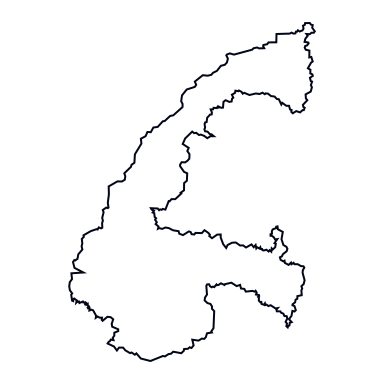 Chone, Manabi, Ecuador (Mercator projection)
{"feature_id": "8360857B73185000874563", "entity_name": "Chone", "entity_type": "district", "adm_level": 2, "iso_a3": "ECU", "parent_name": "Ecuador", "parent_adm1": "Manabi", "projection": "mercator", "projection_center": [-79.895, -0.383], "detail": "fine", "context": "isolated", "style": "outline", "palette": "ink", "viewbox_px": 384, "rotation_deg": 0, "n_neighbors": 0, "source": "geoboundaries", "source_scale": "gbopen_adm2", "svg_char_len": 5974}
<svg xmlns="http://www.w3.org/2000/svg" viewBox="0 0 384 384"><path d="M193.6,345.4L192.3,339.7L198.5,340.6L201.9,338.6L204.2,338.9L205.8,337.2L207.0,333.3L211.9,332.5L211.3,331.4L213.5,328.2L214.2,311.1L211.9,308.7L212.0,306.4L210.4,303.9L207.5,303.1L204.6,300.4L205.0,297.6L207.0,294.5L206.3,285.9L207.1,284.4L209.1,284.3L210.1,286.3L211.7,287.3L212.9,286.6L214.3,287.1L216.4,284.5L216.8,285.2L218.6,284.9L220.9,283.3L224.5,285.0L224.9,284.2L231.4,282.7L236.7,286.1L240.1,284.9L241.0,288.5L244.3,288.9L245.8,291.6L252.6,290.9L254.7,291.7L255.6,290.8L256.7,292.6L256.0,294.5L258.9,295.0L259.2,296.0L258.1,296.9L258.9,297.6L258.8,300.6L260.4,302.3L261.3,302.0L261.6,304.0L264.0,304.8L264.9,303.4L265.3,305.1L266.6,304.6L268.4,306.1L270.6,305.2L275.6,308.5L277.7,308.1L276.4,309.7L276.8,311.3L280.4,311.4L281.1,312.7L283.4,313.7L284.4,316.0L286.7,316.2L287.3,318.4L285.6,321.9L287.0,323.5L286.4,326.2L287.7,327.4L288.2,325.9L289.4,325.5L289.8,322.7L291.7,322.1L289.0,319.2L291.5,315.9L292.4,310.9L294.5,311.5L295.8,310.2L294.5,306.1L292.5,305.3L292.5,304.4L295.1,302.3L295.6,299.7L297.3,298.8L297.4,296.1L301.7,295.2L301.4,290.3L302.2,288.6L301.4,286.2L303.6,284.2L304.6,280.3L302.6,272.8L302.8,270.3L304.3,267.6L303.5,266.3L301.0,266.1L297.7,264.2L294.4,264.2L293.6,262.8L291.5,264.2L291.0,262.6L288.6,264.9L284.9,262.9L284.5,260.7L283.3,261.4L280.6,259.8L279.9,257.3L281.9,256.4L282.8,254.3L286.6,251.3L287.4,248.8L286.4,246.8L283.4,245.0L281.5,239.2L282.8,231.9L277.9,229.3L277.5,226.4L276.2,226.7L275.9,228.2L272.7,229.4L271.8,231.4L272.0,233.6L270.5,234.3L270.6,235.8L271.8,235.7L273.9,237.4L275.1,239.5L277.3,239.1L274.5,243.2L275.8,243.8L275.2,247.2L272.8,249.5L271.7,248.4L271.3,251.7L269.6,250.2L268.6,251.5L266.4,249.7L263.8,250.5L262.4,250.1L262.1,249.0L260.8,249.0L260.3,247.2L259.3,248.5L257.2,247.3L256.3,248.4L255.6,245.0L253.7,247.2L251.5,244.4L246.0,247.5L243.1,245.4L240.1,245.5L235.8,242.5L232.1,242.7L227.6,245.0L226.2,248.0L223.2,244.2L220.7,237.5L220.7,234.5L217.2,234.6L212.0,238.2L209.3,236.0L209.9,234.7L208.2,232.8L204.5,230.2L201.8,233.1L195.5,232.9L194.3,234.5L191.6,234.2L190.7,232.1L188.9,231.4L183.0,235.1L179.3,233.7L178.6,231.2L173.1,230.3L168.8,228.1L165.4,227.5L162.3,228.9L159.0,228.1L158.0,228.7L158.5,226.5L155.6,224.1L156.8,222.2L155.1,219.8L156.1,218.2L154.7,217.1L154.2,213.0L152.7,212.5L154.0,210.8L151.7,209.6L150.9,208.2L157.7,208.5L159.1,210.2L160.2,209.4L161.8,209.8L162.7,208.9L165.4,209.6L168.7,201.1L169.6,201.3L171.5,199.1L175.3,199.1L181.3,193.5L180.6,192.8L184.0,190.3L184.1,183.1L186.9,180.7L187.2,173.3L184.1,171.9L180.1,166.2L180.1,164.7L181.6,162.2L185.1,162.4L187.4,160.8L189.3,158.7L189.5,154.2L187.3,151.0L188.7,147.9L182.7,144.0L185.2,138.4L192.2,131.6L194.2,133.2L196.2,132.8L199.0,135.0L200.9,134.6L204.2,135.9L207.3,138.2L210.5,136.2L213.8,136.2L211.5,134.3L209.9,134.2L207.5,131.6L205.1,131.3L204.4,129.3L205.1,127.6L204.6,124.0L205.2,122.4L206.6,122.1L207.2,117.7L210.1,114.6L211.7,114.4L211.9,112.4L210.7,109.4L213.1,109.3L213.6,107.8L216.9,108.1L217.3,107.2L218.3,107.5L218.3,106.4L221.2,107.8L223.0,107.6L223.5,101.8L225.6,100.2L229.3,101.9L231.6,101.5L232.1,98.7L233.3,97.7L231.9,94.7L235.1,92.8L235.4,90.7L238.4,91.2L239.0,90.5L241.6,91.9L242.7,93.7L244.2,92.8L249.5,95.0L255.8,93.5L259.6,94.0L262.5,92.7L264.8,94.2L265.7,93.4L267.9,93.6L271.1,96.1L274.5,96.5L276.9,99.0L278.8,99.2L281.3,104.5L282.2,102.8L286.3,105.8L289.0,105.8L290.1,109.5L291.6,110.0L291.3,111.9L292.8,113.3L296.2,111.1L300.1,112.4L302.6,110.1L303.8,110.1L304.7,107.7L303.4,107.0L302.9,104.9L307.3,100.2L305.9,98.4L305.6,94.4L310.7,91.6L311.9,87.3L310.9,85.1L312.1,81.6L310.8,81.1L309.9,77.8L312.8,75.9L312.4,74.4L310.3,73.4L310.4,69.7L307.9,68.3L311.1,62.6L312.7,61.5L311.3,57.0L309.3,57.4L309.4,50.6L305.7,49.7L304.7,47.6L305.2,46.0L307.1,45.4L308.6,43.4L308.3,42.5L304.6,41.9L305.3,38.8L307.7,35.8L306.4,34.0L309.8,34.2L311.5,32.7L313.7,32.8L314.8,31.4L312.2,27.7L312.7,25.1L310.8,24.5L309.8,23.0L305.1,23.1L304.8,24.8L303.0,25.7L303.5,28.7L302.5,30.4L299.7,31.5L297.9,30.3L297.0,31.7L295.9,31.7L295.4,33.4L293.3,33.6L291.6,32.6L289.8,33.6L276.5,34.0L276.3,42.3L268.5,42.4L267.2,44.2L263.4,45.0L263.1,46.1L264.2,48.2L259.2,48.4L257.1,47.5L253.7,48.2L252.1,49.7L234.0,54.6L229.9,53.4L226.9,54.5L226.3,55.4L227.9,58.6L226.9,62.5L224.8,64.8L220.9,65.8L216.9,70.9L213.0,72.8L211.3,74.8L207.8,75.7L202.8,75.2L194.8,81.6L196.2,84.8L194.8,86.9L186.7,89.5L182.0,95.4L181.2,101.3L182.6,104.0L182.5,107.1L173.3,115.3L170.1,116.0L164.7,121.0L162.8,121.3L157.7,126.9L153.4,127.5L150.8,132.2L147.4,132.0L145.6,136.2L140.9,138.7L141.4,143.6L134.9,154.3L134.4,162.8L131.6,164.7L130.9,166.9L124.3,173.3L125.3,176.2L124.8,179.7L121.9,181.5L117.4,181.4L108.7,186.4L108.9,194.4L107.8,202.8L108.5,207.5L107.9,208.1L106.2,207.6L102.8,210.0L103.6,212.4L102.2,217.9L102.9,220.8L102.1,222.9L102.3,227.7L101.1,228.4L98.8,227.4L97.6,229.5L96.7,229.1L90.8,231.1L83.5,235.3L83.8,236.9L81.8,239.0L82.3,243.3L81.6,246.4L82.4,249.5L78.3,254.3L77.5,258.8L75.1,260.5L74.3,260.1L73.0,262.0L74.5,267.9L83.4,272.5L71.4,273.3L72.0,279.1L69.8,282.2L69.2,286.3L69.9,290.3L72.2,293.4L71.2,294.7L72.1,300.7L73.2,301.1L73.2,299.1L74.2,298.5L76.7,300.4L76.3,302.6L77.7,301.2L78.3,302.0L79.2,301.7L79.5,303.0L82.9,301.5L83.3,302.5L85.1,302.3L85.1,303.9L86.2,303.3L86.3,304.7L87.7,303.8L87.8,305.5L88.9,306.3L88.0,307.3L89.0,307.6L88.4,308.4L89.6,308.6L89.4,310.5L91.5,309.7L93.1,310.3L96.1,315.7L95.8,317.8L97.6,316.5L99.7,317.7L102.0,317.7L101.7,319.8L102.6,320.8L107.4,316.8L110.7,317.2L113.2,319.3L111.7,323.8L112.2,326.7L118.2,329.3L118.2,331.1L114.3,332.7L114.3,335.6L112.7,338.0L113.5,340.1L110.7,339.6L110.0,341.1L108.7,341.8L107.6,343.5L114.0,346.5L116.9,350.5L119.0,347.6L123.1,347.6L125.3,350.3L130.0,353.1L131.6,352.5L134.8,354.7L136.4,353.4L140.8,358.5L150.4,361.0L162.9,356.0L165.0,356.4L168.5,354.1L171.1,353.7L173.2,351.7L181.3,353.2L183.8,350.8L184.1,349.0L187.9,348.8L189.6,347.3L191.5,348.0L193.6,345.4Z" fill="none" stroke="#020617" stroke-width="2"/></svg>